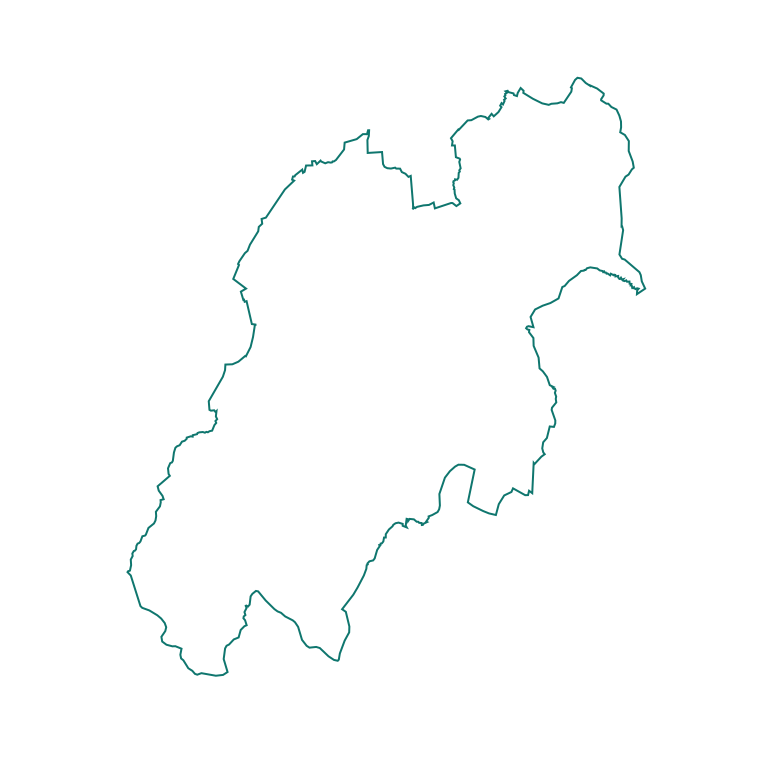 Remetea Chioarului, Maramures, Romania, rotated 78°
{"feature_id": "2599482B30714970991865", "entity_name": "Remetea Chioarului", "entity_type": "district", "adm_level": 2, "iso_a3": "ROU", "parent_name": "Romania", "parent_adm1": "Maramures", "projection": "equal_earth", "projection_center": [23.534, 47.521], "detail": "fine", "context": "isolated", "style": "outline", "palette": "teal", "viewbox_px": 768, "rotation_deg": 78, "n_neighbors": 0, "source": "geoboundaries", "source_scale": "gbopen_adm2", "svg_char_len": 6155}
<svg xmlns="http://www.w3.org/2000/svg" viewBox="0 0 768 768"><g transform="rotate(78 384 384)"><path d="M486.1,241.4L484.1,242.4L479.9,242.6L474.1,240.4L470.7,235.9L460.0,230.7L461.3,226.7L458.2,224.7L455.2,224.0L444.2,225.4L442.1,224.6L437.8,219.3L434.3,219.1L432.1,218.2L428.2,218.7L426.2,217.5L424.3,217.7L423.9,219.2L422.5,219.8L422.2,218.8L419.6,222.1L411.0,223.1L404.6,226.0L401.1,228.6L390.3,227.3L377.8,229.7L370.1,228.3L363.5,231.4L361.3,230.6L360.5,232.3L359.0,233.4L357.7,232.2L357.5,230.6L359.5,226.0L348.9,226.7L342.5,220.7L340.4,212.5L339.4,204.4L336.6,195.5L326.2,189.4L325.7,186.9L321.6,181.6L317.7,172.7L314.4,167.8L314.7,164.9L314.1,164.2L314.4,163.1L313.0,161.4L312.8,158.0L315.3,151.4L317.7,149.4L319.0,146.6L320.0,146.4L319.7,145.3L320.7,145.2L321.1,143.8L322.3,143.4L322.3,142.4L324.7,140.2L323.3,139.2L325.3,136.8L324.9,136.2L325.4,135.1L326.9,135.3L327.0,132.5L328.4,132.8L330.2,131.9L330.4,131.3L329.3,130.1L331.3,129.5L331.2,128.1L332.0,129.0L332.6,128.7L333.4,127.2L333.0,125.5L334.5,125.0L334.8,122.6L337.0,122.9L337.5,121.3L338.9,122.2L339.2,121.2L341.6,121.2L341.3,119.6L342.2,119.9L342.4,119.0L343.4,118.4L343.0,116.5L343.7,115.1L345.1,116.9L348.7,117.9L345.0,108.7L337.2,110.5L330.9,110.2L327.7,110.9L312.3,122.7L311.0,125.1L306.3,126.8L283.2,118.1L279.4,118.3L279.4,118.9L271.4,117.1L240.2,112.8L231.4,104.7L230.0,101.2L225.6,96.9L224.4,94.7L218.1,94.5L207.0,96.2L197.3,94.0L190.5,96.6L186.9,100.6L182.2,98.7L176.5,97.6L170.4,98.0L163.9,99.5L160.3,104.0L156.5,106.3L156.0,108.2L151.7,112.6L150.6,112.4L147.4,109.2L145.6,108.7L139.3,114.1L134.7,120.4L135.1,120.5L131.5,124.1L126.2,127.5L124.7,131.1L126.3,133.9L132.8,139.5L133.7,138.7L137.0,140.0L146.4,149.7L145.1,152.3L145.5,156.1L144.7,162.0L145.2,164.8L142.4,170.9L136.0,179.0L128.2,187.2L126.2,186.5L122.9,188.8L127.0,192.6L130.0,194.1L128.4,196.8L126.7,196.9L124.4,201.5L122.9,202.1L123.0,204.2L124.6,203.0L125.5,205.3L126.8,205.2L127.7,206.5L130.0,205.6L131.0,207.5L132.2,207.2L135.3,209.5L133.7,210.6L135.9,212.5L137.6,211.5L141.8,215.5L145.0,221.0L142.1,222.6L145.3,226.5L146.1,226.9L146.6,226.2L146.9,227.0L143.9,229.3L142.0,233.5L142.0,236.5L144.1,243.7L143.6,247.4L151.0,258.1L150.5,258.4L157.5,267.4L160.8,266.4L164.8,267.9L165.4,265.1L177.1,266.5L179.3,263.1L180.3,262.9L182.4,264.2L189.0,264.2L190.6,265.9L192.0,265.7L193.0,267.0L197.8,268.3L199.4,270.0L198.6,271.9L199.5,272.1L200.1,273.9L201.1,274.3L202.1,274.0L203.9,274.9L206.4,274.4L207.9,275.2L208.5,274.6L212.4,275.2L217.4,274.8L219.8,272.6L223.2,271.8L225.0,276.2L221.3,279.3L220.9,280.7L222.8,297.7L216.8,297.7L218.2,302.8L217.5,308.2L217.6,314.8L218.4,316.8L217.7,317.3L219.0,319.8L218.2,319.0L214.1,318.2L186.0,314.6L186.5,317.0L182.8,319.3L180.4,322.5L176.7,323.5L175.8,327.3L174.7,328.1L174.7,332.4L173.6,335.9L171.7,338.3L168.7,339.2L156.7,337.7L154.6,351.9L141.9,349.5L138.3,347.3L132.7,345.8L132.5,346.8L136.1,348.7L135.2,352.7L138.8,359.8L139.7,372.3L146.3,374.3L154.9,384.4L155.9,386.9L155.6,388.0L156.4,388.7L156.4,390.0L155.4,392.6L155.9,395.6L153.3,399.2L152.3,399.6L155.0,404.0L151.6,405.0L151.2,408.1L155.3,408.6L154.1,414.8L160.0,417.6L160.6,419.3L157.3,419.4L161.3,427.4L162.4,428.3L162.1,429.9L165.0,431.4L166.4,429.6L173.1,440.5L196.7,464.9L197.1,469.4L201.9,469.8L204.3,473.8L208.5,475.3L219.8,486.1L225.4,489.8L227.1,492.9L233.8,499.9L236.3,501.8L237.4,501.1L249.9,509.6L262.0,499.1L263.9,504.8L272.5,504.1L272.4,503.4L274.6,503.2L274.4,501.2L297.9,500.8L299.4,496.6L299.6,498.1L310.7,502.3L320.1,506.8L328.2,513.3L327.7,513.9L331.9,521.8L333.2,528.2L332.0,535.1L337.4,536.6L343.4,540.1L364.4,559.0L373.0,560.1L374.1,558.8L374.4,555.6L376.4,554.6L375.7,553.5L380.8,555.2L383.7,554.5L385.2,556.6L387.2,556.2L388.9,558.4L393.9,561.8L393.9,564.5L394.6,566.3L393.9,567.7L394.4,569.3L393.3,571.2L392.9,574.7L393.2,576.6L394.2,577.3L394.3,581.7L395.7,582.1L395.0,583.8L395.4,588.1L396.6,588.4L398.1,590.8L398.4,593.6L401.4,596.6L401.9,599.4L403.0,601.3L407.3,603.7L415.2,606.5L416.6,607.7L417.0,609.6L421.6,612.8L427.2,613.4L429.3,612.6L437.0,626.7L441.5,626.5L447.4,623.9L450.9,623.5L451.1,626.7L453.4,627.0L457.1,628.6L461.6,633.7L465.9,634.3L470.0,635.9L472.6,638.0L475.8,644.3L481.9,648.3L482.6,649.3L482.7,652.0L487.4,655.0L488.6,656.5L488.9,658.2L490.8,659.8L494.1,660.9L495.2,662.2L495.4,663.5L497.5,665.4L500.0,665.6L503.1,668.2L508.6,669.0L513.7,671.3L514.0,673.4L514.7,674.0L518.7,671.5L550.6,668.4L552.7,667.0L556.7,660.6L563.1,653.8L567.1,650.7L572.2,648.2L576.6,647.6L580.2,649.3L585.0,654.3L589.8,654.5L593.8,651.0L596.6,645.5L597.1,642.6L600.8,637.1L606.5,639.5L610.3,639.5L612.5,637.7L621.4,634.5L624.7,631.1L628.2,629.2L629.5,627.1L628.9,622.7L634.4,609.1L635.1,601.9L633.2,596.9L619.7,598.0L609.6,594.4L607.3,592.4L606.6,589.7L602.6,584.0L601.7,578.9L594.8,575.3L591.9,570.9L591.4,568.5L586.2,569.0L583.9,570.2L582.2,569.5L581.2,567.6L578.1,567.9L574.5,565.0L572.3,565.4L572.1,564.8L573.4,563.3L571.9,561.3L564.0,558.6L561.9,556.4L559.8,552.3L560.7,550.2L571.1,544.8L581.4,538.0L584.3,535.4L586.4,532.3L590.8,529.0L596.2,522.4L598.5,520.6L603.7,518.5L617.2,517.4L624.0,514.1L626.4,511.7L627.1,505.0L628.9,501.7L638.8,494.9L643.5,490.3L645.1,486.8L644.2,485.5L638.4,483.2L626.8,475.8L619.7,469.7L614.0,468.3L598.9,468.7L595.6,471.8L583.7,457.8L577.5,452.1L567.1,443.5L561.1,439.7L557.6,438.6L557.1,437.4L556.1,437.5L554.4,435.1L554.3,431.3L552.7,429.4L544.9,425.2L541.7,421.9L540.6,422.1L540.7,420.9L539.4,420.5L539.4,419.2L537.9,417.4L534.2,415.9L534.5,414.2L531.3,413.5L527.3,409.4L525.0,405.3L523.7,404.2L522.6,401.7L522.6,398.6L524.7,394.8L526.6,395.2L529.0,391.6L527.0,392.2L520.6,389.9L521.3,388.4L522.9,388.7L521.3,387.0L522.6,382.9L525.5,380.7L525.9,379.1L527.1,378.5L527.8,376.1L529.8,376.3L529.9,375.3L528.8,374.1L528.0,370.6L527.4,371.4L524.2,368.0L522.8,367.9L522.2,364.1L520.4,358.2L518.0,356.1L514.5,354.6L503.1,352.7L488.3,343.9L483.0,337.7L479.6,331.7L478.4,328.0L479.7,322.4L486.5,313.1L517.2,326.6L522.1,322.1L528.9,313.4L532.4,308.2L535.4,301.8L525.4,296.7L518.0,289.6L516.1,281.8L512.9,279.5L522.1,269.0L522.6,266.2L518.6,264.3L521.6,261.7L492.3,254.0L493.6,253.4L487.8,245.2L486.1,241.4Z" fill="none" stroke="#0f766e" stroke-width="2"/></g></svg>